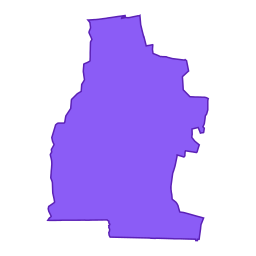 outline of Svitenes pag., Rundales, Latvia
{"feature_id": "27541924B70987770554483", "entity_name": "Svitenes pag.", "entity_type": "district", "adm_level": 2, "iso_a3": "LVA", "parent_name": "Latvia", "parent_adm1": "Rundales", "projection": "albers", "projection_center": [23.936, 56.379], "detail": "fine", "context": "isolated", "style": "filled", "palette": "violet", "viewbox_px": 256, "rotation_deg": 0, "n_neighbors": 0, "source": "geoboundaries", "source_scale": "gbopen_adm2", "svg_char_len": 5415}
<svg xmlns="http://www.w3.org/2000/svg" viewBox="0 0 256 256"><path d="M199.1,239.3L199.2,239.0L199.4,237.2L200.6,228.5L200.6,228.0L201.0,224.6L201.6,223.1L203.6,218.0L202.5,217.7L201.1,217.3L198.0,216.5L187.7,213.6L184.0,212.6L183.5,212.5L181.4,212.2L180.1,212.1L179.9,212.0L179.7,211.7L179.5,211.1L179.2,210.0L178.6,208.0L178.0,205.6L177.0,203.7L175.9,202.2L172.3,199.3L172.1,198.8L172.0,196.9L171.8,194.7L171.3,192.1L171.1,190.2L171.0,189.7L171.0,187.9L170.8,187.9L170.8,187.4L171.0,187.4L171.0,186.8L171.0,186.7L171.0,186.3L170.9,186.2L171.0,185.9L171.2,184.4L172.5,174.8L172.7,173.4L172.8,173.0L172.9,172.8L173.0,172.4L173.1,172.1L173.2,171.9L173.4,171.4L173.4,171.2L173.5,171.0L173.6,170.6L173.8,170.2L173.9,169.8L174.0,169.4L174.3,168.5L174.6,167.4L174.9,166.5L175.2,165.2L175.3,164.7L175.6,163.3L176.3,159.9L176.6,158.4L176.9,157.0L177.0,156.5L177.0,156.0L177.1,155.5L177.1,155.0L177.6,155.1L181.7,156.3L183.9,157.0L184.8,156.0L184.9,155.8L184.9,154.4L185.0,153.4L185.0,152.6L185.4,150.9L185.5,150.8L186.1,150.9L191.9,151.8L192.1,151.8L196.2,152.5L196.5,152.5L196.7,152.3L196.9,152.1L197.1,151.9L197.3,151.2L198.4,147.5L199.0,145.7L199.3,144.9L196.0,142.2L194.7,141.1L191.8,137.4L192.1,134.5L192.2,134.4L192.0,129.0L198.1,127.5L198.5,128.2L198.8,129.1L199.3,130.2L200.0,132.0L200.3,132.9L200.4,133.1L200.7,133.0L201.9,132.8L203.5,132.6L203.7,132.3L204.3,128.2L202.9,126.8L203.6,125.3L204.2,124.0L204.3,123.7L204.4,123.1L205.0,118.9L205.3,116.0L205.4,115.8L205.7,115.4L206.3,114.4L206.6,114.1L206.7,113.7L207.0,112.7L207.3,111.6L207.8,109.9L207.8,109.4L207.8,108.4L207.8,107.3L207.8,105.2L207.8,101.5L207.8,101.1L207.8,100.6L208.0,99.8L208.1,98.8L208.2,98.6L207.3,98.1L206.4,97.7L205.9,97.5L205.3,97.4L204.4,97.2L202.0,97.2L200.6,97.1L199.7,97.1L197.6,97.0L195.8,97.0L195.5,97.0L195.2,97.0L194.9,97.0L193.6,96.9L191.5,96.8L190.0,96.7L189.2,96.0L189.0,95.7L184.1,90.7L183.8,90.4L183.5,90.2L183.3,89.8L183.2,89.5L183.2,89.3L183.0,85.6L182.7,80.8L182.4,76.9L182.5,76.7L182.7,76.4L186.6,72.8L188.0,71.5L188.6,71.0L187.6,65.9L186.6,61.0L186.6,60.8L186.5,60.7L186.3,60.5L185.7,60.1L185.1,59.6L184.9,59.8L184.5,60.1L182.9,59.9L174.8,58.9L172.4,58.6L168.7,57.6L168.4,57.6L168.1,57.5L167.7,57.4L166.4,56.8L164.2,56.7L162.6,56.7L162.0,56.6L161.1,56.5L160.5,56.6L160.3,56.5L159.8,56.3L158.1,55.5L157.4,55.2L153.2,53.5L153.1,53.4L153.0,53.2L152.5,49.8L152.5,49.1L152.8,44.9L152.7,44.7L149.5,45.3L149.2,45.4L148.3,45.5L148.1,45.5L146.6,45.8L146.2,45.9L145.9,44.6L145.2,41.8L143.9,36.7L143.7,36.8L141.9,29.7L141.0,25.9L140.7,24.7L139.9,15.4L139.5,15.7L139.0,15.8L137.8,15.8L137.5,15.9L136.5,16.1L135.6,16.3L132.6,16.9L131.3,17.2L129.8,17.5L128.3,17.7L127.7,17.7L125.8,17.5L122.8,18.1L121.6,18.4L121.6,18.1L121.8,17.7L122.2,17.4L122.5,17.3L123.0,17.4L123.3,17.4L123.7,17.2L124.3,16.8L125.1,16.5L125.2,16.4L125.2,15.9L125.1,15.5L121.1,16.1L117.8,16.5L115.3,16.9L112.0,17.4L110.5,17.6L107.6,18.0L107.2,18.1L106.2,18.3L105.4,18.4L102.9,18.7L101.8,18.9L100.7,19.0L98.6,19.3L97.5,19.4L95.3,19.6L94.6,19.6L94.2,19.6L93.3,19.7L92.1,19.8L90.2,19.9L89.0,20.0L88.0,20.0L87.9,20.0L89.9,22.5L90.4,26.2L90.5,27.1L90.5,27.5L90.5,27.9L90.4,28.4L89.7,30.1L89.2,31.3L89.0,32.1L89.0,32.7L89.3,33.4L90.8,36.7L91.5,38.4L91.7,38.9L91.9,39.4L91.9,39.5L91.3,40.5L90.5,42.0L90.4,45.0L90.3,49.8L90.2,52.6L90.2,57.3L90.1,59.2L90.1,60.4L90.0,60.8L89.8,61.0L89.7,61.2L88.1,62.1L86.9,62.7L84.9,63.5L84.0,64.0L83.8,64.1L83.7,65.9L83.5,68.1L83.3,70.9L83.3,71.8L83.4,72.5L83.5,72.8L83.6,73.6L83.8,75.2L84.4,79.1L84.4,80.0L83.2,82.0L81.7,84.4L81.4,88.7L81.2,91.2L81.2,91.3L80.5,91.8L79.8,92.2L78.3,93.1L77.2,93.8L76.0,95.0L74.3,96.7L73.1,97.9L72.1,98.8L71.7,99.3L71.5,99.6L71.4,99.9L71.3,100.8L71.2,102.6L70.7,108.5L65.9,115.8L65.6,117.0L64.9,121.5L64.6,122.5L64.1,123.0L63.8,123.1L58.3,123.1L57.8,123.2L57.4,123.4L57.1,123.6L56.3,124.3L55.6,124.9L55.2,126.3L52.4,135.6L51.8,137.4L52.0,138.7L52.5,141.0L52.6,141.4L52.7,141.6L53.4,143.2L53.9,144.1L53.9,144.3L54.0,144.5L53.9,144.8L53.8,145.1L51.7,148.9L51.4,149.3L51.4,149.5L51.4,150.0L51.4,150.4L51.5,151.0L51.6,151.4L51.7,151.9L51.5,152.2L51.5,152.4L51.0,153.2L50.5,154.1L50.4,154.4L50.3,154.7L50.3,154.9L50.4,155.2L50.5,155.5L50.6,156.2L51.0,157.7L51.4,159.5L51.7,161.1L51.7,161.8L51.8,163.0L51.8,163.8L51.8,164.0L51.8,164.7L51.7,165.7L51.6,167.3L51.5,168.6L51.4,169.5L51.3,170.4L51.1,173.4L51.1,173.9L51.0,174.4L50.9,176.1L50.8,177.1L50.8,177.5L50.8,177.9L50.9,178.2L51.1,178.8L51.6,180.0L52.1,181.4L52.4,182.7L52.7,191.5L52.8,193.1L54.0,198.6L54.6,202.0L54.1,202.7L48.9,206.3L48.7,206.4L48.2,208.7L48.3,209.3L48.9,211.6L49.2,212.1L51.1,216.0L51.2,216.4L50.8,216.9L49.3,218.1L48.8,218.8L47.8,220.3L50.5,220.4L52.4,220.4L60.7,220.3L62.2,220.2L62.4,220.2L76.1,220.2L85.1,220.1L85.4,220.2L89.5,220.2L89.9,220.1L99.5,220.0L106.8,219.9L107.1,219.9L107.2,220.1L107.7,220.5L108.7,221.1L108.8,221.2L108.9,221.8L108.8,222.3L108.9,222.9L109.0,223.2L109.6,223.7L109.7,223.9L109.8,224.4L109.8,224.7L109.7,224.8L109.4,225.1L108.8,225.4L108.8,225.5L108.7,225.6L108.7,225.8L109.0,226.7L109.0,227.0L108.8,227.6L109.3,228.5L109.6,229.1L109.6,229.5L109.6,230.0L109.4,231.5L109.0,232.0L108.8,232.4L108.9,233.4L109.1,235.1L110.0,237.0L110.3,237.1L118.9,237.3L127.6,237.5L140.6,237.8L149.8,238.0L150.0,238.1L150.5,238.2L155.5,238.4L155.9,238.2L173.3,238.7L173.9,238.8L180.3,238.8L183.5,238.9L186.9,239.0L195.6,239.2L195.8,240.6L197.4,240.6L197.6,239.3L199.1,239.3Z" fill="#8b5cf6" stroke="#5b21b6" stroke-width="1.5"/></svg>